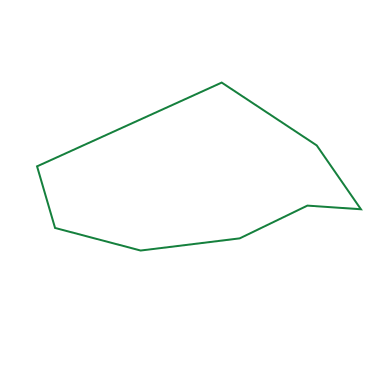 the border of Grenada, rotated 239°
{"feature_id": "GRD", "entity_name": "Grenada", "entity_type": "country or territory", "adm_level": 0, "iso_a3": "GRD", "parent_name": "North America", "parent_adm1": "", "projection": "orthographic", "projection_center": [-61.703, 12.123], "detail": "fine", "context": "isolated", "style": "outline", "palette": "green", "viewbox_px": 384, "rotation_deg": 239, "n_neighbors": 0, "source": "natural_earth", "source_scale": "50m", "svg_char_len": 271}
<svg xmlns="http://www.w3.org/2000/svg" viewBox="0 0 384 384"><g transform="rotate(239 192 192)"><path d="M167.7,322.9L90.2,327.9L120.9,283.9L127.7,209.0L168.3,117.8L231.7,56.1L293.8,72.4L270.5,273.8L167.7,322.9Z" fill="none" stroke="#15803d" stroke-width="2"/></g></svg>